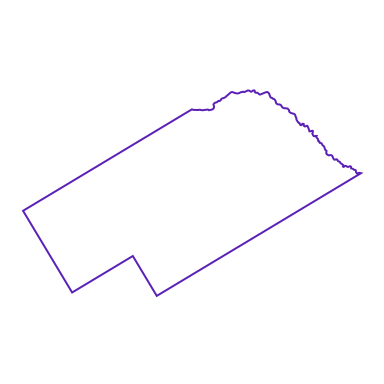 an SVG outline of Nebraska, rotated 329°
{"feature_id": "USA-3532", "entity_name": "Nebraska", "entity_type": "State", "adm_level": 1, "iso_a3": "USA", "parent_name": "United States of America", "parent_adm1": "", "projection": "mercator", "projection_center": [-97.897, 41.5], "detail": "fine", "context": "isolated", "style": "outline", "palette": "violet", "viewbox_px": 384, "rotation_deg": 329, "n_neighbors": 0, "source": "natural_earth", "source_scale": "10m", "svg_char_len": 4552}
<svg xmlns="http://www.w3.org/2000/svg" viewBox="0 0 384 384"><g transform="rotate(329 192 192)"><path d="M37.5,216.4L37.5,210.5L37.5,204.6L37.5,198.7L37.5,192.8L37.5,186.9L37.5,181.0L37.5,175.1L37.5,169.1L37.5,163.2L37.5,157.2L37.5,151.2L37.5,145.2L37.5,139.2L37.5,133.2L37.5,127.2L37.5,121.1L44.4,121.1L50.4,121.1L56.4,121.1L62.5,121.1L68.5,121.1L74.5,121.1L80.5,121.1L86.6,121.1L92.6,121.1L98.6,121.1L104.6,121.1L110.7,121.1L116.7,121.1L122.7,121.1L128.8,121.1L134.8,121.1L140.8,121.1L146.8,121.1L152.9,121.1L158.9,121.1L164.9,121.1L170.9,121.1L177.0,121.1L183.0,121.1L189.0,121.1L195.1,121.1L201.1,121.1L207.1,121.1L213.1,121.1L219.2,121.1L225.2,121.1L231.2,121.1L234.3,121.1L234.5,121.1L235.3,122.1L235.6,122.4L239.3,124.8L239.5,124.9L239.9,124.9L240.1,125.0L241.6,126.0L243.0,127.3L247.9,129.4L248.3,129.8L248.4,130.4L248.8,130.7L251.4,131.6L252.3,131.7L253.3,131.6L253.7,131.4L254.4,130.7L254.6,130.6L254.8,130.3L255.2,129.1L255.3,128.4L255.6,128.0L256.0,127.8L256.5,127.6L257.3,127.3L259.7,127.9L261.2,127.6L261.6,127.6L262.4,128.1L262.8,128.2L263.6,128.2L265.0,127.4L265.8,127.3L268.3,127.9L269.3,127.9L276.3,126.6L277.2,126.7L278.0,127.1L278.6,127.7L279.6,129.1L280.9,130.3L281.7,130.9L282.5,131.3L283.3,131.5L285.2,131.6L285.5,131.7L286.3,132.1L287.3,132.3L287.6,132.6L287.9,132.9L288.2,133.2L288.9,133.4L292.1,133.7L292.7,134.1L293.2,134.6L293.6,135.2L293.8,135.7L293.9,136.0L294.1,136.3L294.5,136.5L295.0,136.6L296.4,136.5L296.8,136.5L297.3,136.7L297.7,137.0L297.9,137.3L297.8,137.8L297.6,138.1L297.4,138.5L297.4,139.1L297.8,139.7L299.3,140.8L299.6,141.6L299.8,142.5L300.1,143.2L300.8,143.6L305.3,144.3L306.9,144.6L307.7,144.9L308.3,145.4L308.8,147.4L308.3,149.5L308.1,151.5L309.3,153.0L309.4,153.7L309.9,154.2L310.3,154.8L310.5,155.6L310.5,156.7L310.4,157.6L310.1,158.4L309.9,159.3L310.3,160.5L310.8,161.2L312.0,162.0L312.6,162.6L313.0,163.4L313.0,164.3L313.0,165.3L313.2,166.4L314.2,167.7L315.6,168.6L316.9,169.7L317.3,171.6L317.2,172.1L316.8,173.0L316.8,173.5L316.9,174.0L317.5,175.2L317.7,175.5L319.8,177.7L320.1,178.8L320.0,179.7L319.7,180.6L319.5,181.5L319.5,182.1L319.6,182.4L319.5,182.6L319.1,183.1L318.9,183.5L318.8,183.9L318.8,185.9L318.9,186.9L319.1,187.8L319.6,188.1L319.6,188.6L319.4,189.5L319.5,190.5L320.2,191.0L320.7,191.0L321.4,190.5L321.7,190.4L322.1,190.6L322.5,190.9L322.8,191.2L322.8,191.4L322.6,191.6L322.4,192.1L322.2,192.7L322.1,193.2L322.4,193.8L322.8,194.1L324.3,194.4L324.6,194.4L324.8,194.5L325.0,195.0L324.7,196.9L324.7,197.4L323.9,200.5L324.4,200.8L326.0,201.3L326.6,201.4L327.0,201.8L326.5,202.8L325.7,203.6L325.3,203.8L325.0,205.8L325.1,206.6L325.6,207.2L327.1,207.7L327.6,208.1L326.8,208.5L326.9,209.2L327.0,210.7L327.2,211.4L326.8,212.7L326.5,213.0L326.5,213.3L326.8,213.6L326.8,213.8L327.0,214.0L327.2,214.3L327.0,214.6L326.8,214.9L326.8,215.2L326.9,215.8L327.2,216.1L327.9,216.7L328.1,217.2L328.1,217.6L328.0,218.6L328.0,219.2L328.5,220.4L328.6,221.6L328.4,222.4L328.1,223.3L328.0,224.4L328.0,225.0L328.4,225.6L328.5,226.0L327.7,227.1L327.2,227.6L327.1,227.9L327.0,228.4L327.0,229.0L327.2,229.4L327.4,229.7L327.5,230.2L327.9,230.9L329.7,231.7L330.4,232.2L330.8,233.2L330.7,234.3L330.6,235.0L330.4,236.2L330.6,237.4L331.0,237.9L331.7,238.0L332.6,238.3L333.1,238.9L333.2,239.4L333.0,239.9L333.1,240.5L333.4,241.2L334.0,242.0L334.3,242.8L334.3,243.1L334.2,243.7L334.3,244.1L334.4,244.4L335.0,245.3L335.4,246.7L335.5,246.9L335.3,247.2L335.0,247.5L334.5,247.9L334.8,248.5L335.3,248.6L336.1,248.5L336.7,248.5L337.3,248.9L337.7,249.5L338.0,250.1L338.4,250.7L338.9,251.0L340.2,251.1L340.8,251.4L341.2,251.9L341.2,252.4L340.6,253.6L341.6,254.8L342.1,255.6L342.3,256.3L343.4,257.4L343.5,257.6L343.3,258.1L343.0,259.0L342.8,260.0L342.9,260.8L343.3,261.3L345.0,261.6L345.6,262.0L346.5,262.9L339.1,262.9L331.7,262.9L324.3,262.9L316.9,262.9L309.5,262.9L302.0,262.9L294.6,262.9L287.2,262.9L279.8,262.9L272.4,262.9L265.0,262.9L257.6,262.9L250.1,262.9L242.7,262.9L235.3,262.9L227.9,262.9L220.5,262.9L213.1,262.9L205.7,262.9L198.2,262.9L190.8,262.9L183.4,262.9L176.0,262.9L168.6,262.9L161.2,262.9L153.7,262.9L146.3,262.9L138.9,262.9L131.5,262.9L124.1,262.9L116.7,262.9L108.3,262.9L108.3,260.0L108.3,257.1L108.3,254.2L108.3,251.3L108.3,248.4L108.3,245.5L108.3,242.6L108.3,239.7L108.3,236.8L108.3,233.9L108.3,231.0L108.3,228.1L108.3,225.1L108.3,222.2L108.3,219.3L108.3,216.4L106.0,216.4L101.8,216.4L97.6,216.4L93.4,216.4L89.1,216.4L84.9,216.4L80.7,216.4L76.5,216.4L72.3,216.4L68.1,216.4L63.9,216.4L59.7,216.4L55.5,216.4L51.2,216.4L47.0,216.4L42.8,216.4L37.5,216.4Z" fill="none" stroke="#5b21b6" stroke-width="2"/></g></svg>